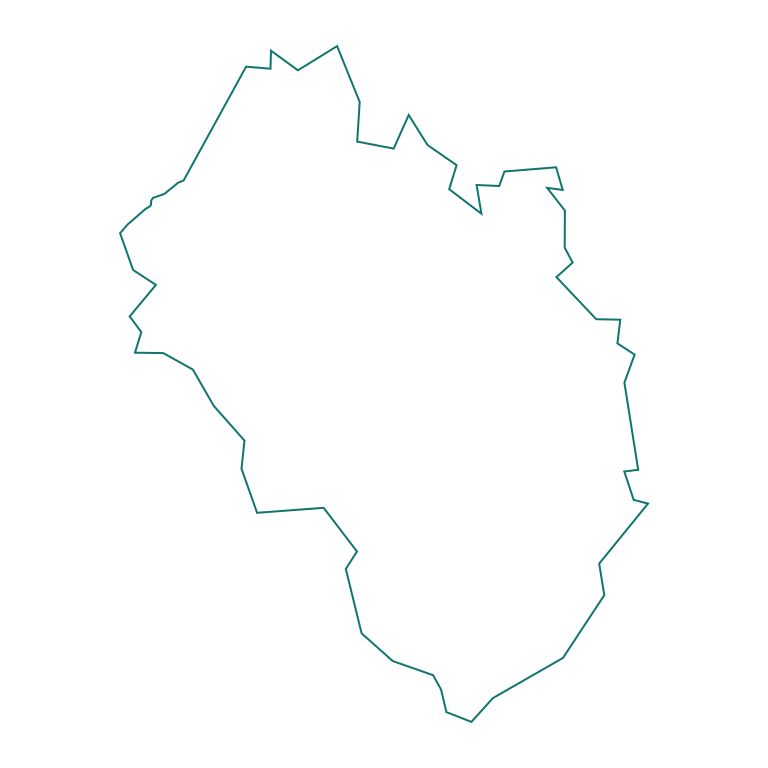 Yancey, North Carolina, United States of America (Albers equal-area conic projection)
{"feature_id": "52423323B67190379796857", "entity_name": "Yancey", "entity_type": "district", "adm_level": 2, "iso_a3": "USA", "parent_name": "United States of America", "parent_adm1": "North Carolina", "projection": "albers", "projection_center": [-82.318, 35.892], "detail": "fine", "context": "isolated", "style": "outline", "palette": "teal", "viewbox_px": 768, "rotation_deg": 0, "n_neighbors": 0, "source": "geoboundaries", "source_scale": "gbopen_adm2", "svg_char_len": 998}
<svg xmlns="http://www.w3.org/2000/svg" viewBox="0 0 768 768"><path d="M257.1,512.8L323.6,507.8L357.0,551.5L345.8,568.9L361.6,633.4L392.8,661.1L433.1,675.2L440.4,688.3L440.6,688.9L441.1,689.7L446.4,712.1L471.4,721.9L492.9,698.1L563.0,657.9L603.4,596.5L603.7,596.2L604.0,595.8L604.2,595.4L604.3,595.2L599.2,563.6L648.0,503.6L633.7,499.9L624.3,471.5L638.2,469.8L624.4,382.7L634.6,354.6L617.4,343.4L620.3,319.7L596.2,319.2L556.4,277.1L572.6,262.6L564.7,247.7L564.9,210.6L547.2,187.9L562.7,189.9L556.1,167.3L504.4,171.5L499.2,186.0L476.6,185.0L481.4,213.7L449.2,189.2L456.6,165.2L427.5,145.0L408.7,115.0L393.7,148.6L357.2,141.6L359.7,102.0L337.1,46.1L297.9,70.3L271.0,50.7L270.5,68.7L246.1,66.7L183.6,180.5L178.1,182.7L164.4,193.9L152.9,197.9L151.2,200.6L151.0,204.9L149.5,206.6L145.7,208.8L127.5,224.6L120.1,233.2L133.1,270.0L155.9,284.9L129.7,316.4L141.3,332.1L135.0,352.7L163.3,353.1L192.9,369.6L213.7,405.8L244.5,440.6L241.5,468.7L257.1,512.8Z" fill="none" stroke="#0f766e" stroke-width="2"/></svg>